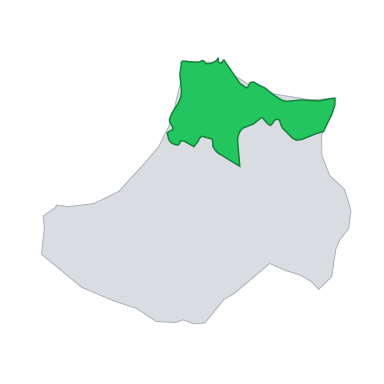 where Grevenmacher sits in Luxembourg, rotated 264°
{"feature_id": "LUX-907", "entity_name": "Grevenmacher", "entity_type": "District", "adm_level": 1, "iso_a3": "LUX", "parent_name": "Luxembourg", "parent_adm1": "", "projection": "natural_earth1", "projection_center": [6.348, 49.652], "detail": "fine", "context": "in_parent", "style": "filled", "palette": "green", "viewbox_px": 384, "rotation_deg": 264, "n_neighbors": 0, "source": "natural_earth", "source_scale": "10m", "svg_char_len": 1903}
<svg xmlns="http://www.w3.org/2000/svg" viewBox="0 0 384 384"><g transform="rotate(264 192 192)"><path d="M193.1,55.9L190.3,67.4L190.7,93.3L200.3,119.3L222.9,144.8L240.2,163.4L263.4,178.2L302.7,192.3L318.4,195.3L320.6,214.3L317.6,234.5L304.0,245.6L291.2,261.7L281.6,281.3L271.4,318.9L270.0,344.9L247.3,334.2L235.4,326.9L214.7,324.9L193.9,330.8L178.4,344.1L157.1,348.1L139.5,344.1L129.1,334.2L119.8,328.9L93.4,322.2L82.0,307.9L90.7,301.1L98.3,290.5L104.7,275.6L112.8,261.8L87.0,223.9L81.7,212.4L60.4,191.0L60.7,180.2L65.8,169.9L63.9,161.9L67.0,142.9L81.9,124.9L91.9,102.7L108.7,72.4L145.7,35.9L172.2,41.5L183.8,41.4L190.9,54.7L193.1,55.9Z" fill="#d9dde1" stroke="#a8b0b8" stroke-width="1"/><path d="M253.5,173.6L255.6,178.0L255.9,179.5L258.6,179.7L263.7,177.1L266.7,177.2L272.4,180.2L282.1,187.9L287.9,190.9L293.8,192.2L310.0,192.2L320.5,194.8L321.8,194.8L323.6,196.5L323.5,196.4L322.8,197.0L322.7,200.6L322.2,200.9L320.6,210.3L320.6,213.4L321.5,215.3L321.4,217.0L318.1,219.4L317.9,223.3L318.6,226.8L320.2,229.9L322.7,232.6L319.7,231.6L318.1,232.3L317.0,234.4L319.3,236.6L320.0,237.5L295.1,250.9L289.8,257.0L290.4,258.4L292.6,259.7L294.7,261.3L295.0,264.2L294.1,266.1L291.5,269.3L288.1,275.1L279.3,284.2L274.1,290.8L272.2,295.6L272.2,309.3L271.6,313.5L269.3,327.5L270.4,340.6L270.4,343.8L263.6,343.2L254.6,339.1L238.4,329.0L237.1,321.8L232.9,307.1L232.6,301.2L235.0,297.6L245.9,288.8L248.4,287.7L254.6,286.5L255.4,283.9L254.9,281.8L253.1,280.2L251.3,278.8L250.0,277.2L250.7,275.7L252.0,274.3L259.1,269.4L253.3,260.4L250.1,249.0L247.7,246.4L243.1,243.8L238.5,242.7L212.6,242.2L228.0,221.9L230.8,219.7L235.1,217.5L237.4,217.8L242.5,217.7L246.4,207.5L245.7,206.3L243.9,204.5L242.2,203.7L236.9,198.7L243.5,189.3L243.8,187.8L243.8,185.9L242.0,185.0L240.9,184.3L240.2,182.5L240.8,180.4L242.8,176.8L244.8,175.2L247.3,174.2L253.4,173.6L253.5,173.6Z" fill="#22c55e" stroke="#15803d" stroke-width="1.5"/></g></svg>